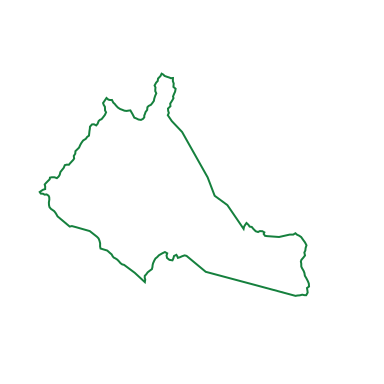 the district of Poções, Bahia, Brazil, rotated 200°
{"feature_id": "56859067B76293863784354", "entity_name": "Poções", "entity_type": "district", "adm_level": 2, "iso_a3": "BRA", "parent_name": "Brazil", "parent_adm1": "Bahia", "projection": "albers", "projection_center": [-40.358, -14.57], "detail": "fine", "context": "isolated", "style": "outline", "palette": "green", "viewbox_px": 384, "rotation_deg": 200, "n_neighbors": 0, "source": "geoboundaries", "source_scale": "gbopen_adm2", "svg_char_len": 3181}
<svg xmlns="http://www.w3.org/2000/svg" viewBox="0 0 384 384"><g transform="rotate(200 192 192)"><path d="M66.2,181.1L68.6,183.3L71.3,185.1L74.0,187.0L76.4,187.6L78.7,187.8L80.7,188.6L82.3,186.6L85.6,185.4L93.4,180.4L94.8,179.5L106.4,176.2L108.4,175.8L110.3,177.1L110.2,178.8L112.5,179.2L115.0,178.4L116.2,177.0L118.7,176.9L121.7,178.3L123.9,179.6L126.0,179.2L127.8,180.5L130.2,181.5L130.9,178.9L131.2,177.2L130.9,175.0L154.3,191.8L169.4,196.2L170.8,197.8L182.3,211.1L220.3,243.7L221.8,245.0L235.2,251.7L241.0,255.9L240.8,258.4L242.1,260.0L243.1,262.2L241.6,265.2L242.7,267.6L242.2,269.9L241.8,271.7L241.5,273.9L242.5,275.2L242.4,278.1L242.2,280.5L242.7,283.4L245.4,284.4L246.3,287.7L247.9,289.6L248.9,292.6L250.8,291.7L252.5,291.8L254.9,291.7L257.5,291.7L259.1,292.5L261.0,292.8L261.3,290.1L262.7,287.0L262.2,284.6L263.1,282.5L263.6,279.3L262.1,277.8L261.6,275.9L261.0,274.2L259.3,272.5L259.5,269.8L259.4,266.9L259.0,264.6L259.6,262.3L260.4,259.9L262.2,258.0L262.9,256.4L262.2,253.8L263.0,251.2L262.9,249.3L263.0,247.6L262.4,245.8L263.1,243.9L264.6,242.3L267.1,241.8L269.7,242.1L271.6,242.1L273.3,243.7L274.7,245.0L276.5,246.5L277.8,247.6L279.6,246.7L281.2,245.8L283.3,245.3L285.9,245.4L287.9,245.4L290.5,246.0L292.9,247.2L294.7,248.3L296.6,249.1L298.7,251.1L300.5,250.4L302.2,250.2L304.5,251.1L305.3,247.9L306.0,245.2L304.7,243.6L303.0,242.3L302.2,240.4L301.6,238.9L300.0,237.5L300.2,234.7L301.1,231.8L301.9,229.5L303.2,228.3L304.0,226.7L304.0,223.9L304.8,221.8L307.3,222.1L309.1,221.3L310.2,218.5L309.6,216.4L309.2,214.2L308.6,211.8L308.1,209.7L309.3,208.0L310.0,205.6L311.9,203.2L312.7,200.4L313.1,198.0L313.3,195.1L314.2,193.2L315.5,190.5L314.8,188.1L315.4,185.4L314.2,183.1L314.6,181.5L315.5,179.4L316.5,177.0L317.0,175.5L319.0,174.9L320.7,173.7L320.8,170.8L321.7,168.2L322.5,165.7L322.2,163.0L322.6,160.9L323.7,158.8L326.2,158.8L328.8,157.9L330.4,156.9L330.1,155.2L331.2,152.9L332.2,150.7L333.0,148.7L331.8,146.9L331.0,144.5L332.8,143.1L333.8,141.8L335.1,139.9L333.6,138.8L331.3,139.4L329.6,139.1L327.8,140.0L325.6,139.5L324.4,138.3L323.5,136.2L322.9,133.2L321.9,130.8L320.7,129.0L318.8,127.9L316.9,127.4L315.0,126.9L313.1,125.7L311.6,124.5L310.0,123.1L295.1,117.7L293.2,118.9L288.7,119.3L274.7,120.3L265.9,117.4L263.9,116.4L262.3,114.6L260.8,112.4L259.7,109.3L258.6,107.6L251.7,108.0L250.1,107.4L248.4,106.7L246.2,105.9L244.5,104.4L243.1,103.6L241.2,103.4L239.1,102.9L237.0,101.9L234.9,100.7L232.9,100.1L230.9,100.3L218.2,96.5L205.5,91.2L206.0,93.7L207.1,95.2L207.7,97.1L206.9,98.8L206.2,101.3L204.8,103.6L203.3,105.8L203.5,107.9L204.0,109.8L204.2,111.7L204.0,114.6L203.6,117.0L202.5,118.8L201.4,121.3L198.8,124.4L196.9,126.3L194.3,125.9L194.2,123.6L192.9,121.5L190.0,120.5L187.0,121.1L186.8,123.1L187.0,125.7L185.2,127.6L183.9,126.6L182.7,125.3L181.0,126.6L179.5,128.1L177.3,129.9L175.3,130.1L151.8,121.7L99.8,126.3L59.2,129.8L57.5,130.8L55.3,131.8L53.3,133.2L51.1,133.5L49.4,134.1L48.9,137.0L49.8,138.8L51.1,141.1L49.7,143.2L50.9,145.9L52.5,147.7L55.2,150.2L57.3,151.9L58.7,154.4L60.2,156.1L62.5,158.0L63.8,159.3L64.9,162.2L65.9,163.8L66.0,165.6L64.9,168.5L64.1,171.0L65.7,173.5L65.5,175.8L66.1,178.3L66.2,181.1Z" fill="none" stroke="#15803d" stroke-width="2"/></g></svg>